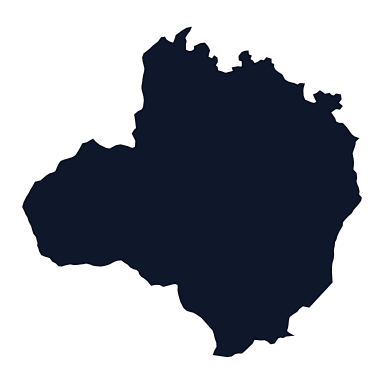 outline of Batatais, São Paulo, Brazil
{"feature_id": "56859067B57164081462165", "entity_name": "Batatais", "entity_type": "district", "adm_level": 2, "iso_a3": "BRA", "parent_name": "Brazil", "parent_adm1": "São Paulo", "projection": "albers", "projection_center": [-47.578, -20.866], "detail": "fine", "context": "isolated", "style": "filled", "palette": "ink", "viewbox_px": 384, "rotation_deg": 0, "n_neighbors": 0, "source": "geoboundaries", "source_scale": "gbopen_adm2", "svg_char_len": 3705}
<svg xmlns="http://www.w3.org/2000/svg" viewBox="0 0 384 384"><path d="M358.0,138.5L354.1,137.0L351.4,134.9L349.2,131.9L346.2,127.6L342.5,123.7L338.6,123.5L335.4,121.9L334.7,118.9L332.6,115.8L330.2,112.2L333.4,110.0L336.0,108.2L339.6,108.9L341.8,106.1L338.0,102.9L340.8,99.1L340.2,95.1L336.2,94.3L334.0,96.3L331.2,95.6L329.4,93.7L324.6,94.6L322.7,92.9L319.9,91.1L317.2,93.5L313.9,94.9L315.3,98.1L317.4,102.1L314.2,103.7L311.6,103.2L308.2,101.7L304.5,100.2L302.9,96.0L302.6,90.6L302.9,87.7L304.0,84.1L300.1,83.8L297.4,85.4L294.3,83.8L291.5,83.2L287.8,82.1L284.3,79.9L281.8,75.0L278.6,73.0L275.1,70.4L273.3,67.3L273.4,64.5L270.9,63.6L270.8,59.3L266.7,58.0L264.1,61.2L261.0,60.4L257.9,62.6L254.3,64.0L252.5,61.2L249.5,59.3L250.9,56.0L248.2,54.9L247.9,51.3L244.7,51.6L242.1,52.7L239.3,56.2L239.5,59.8L242.4,60.8L242.6,64.4L242.4,67.5L238.0,67.0L232.6,68.0L233.9,71.4L231.3,72.1L225.5,73.6L221.8,72.1L217.3,70.9L217.0,67.4L214.8,65.4L217.1,61.8L216.8,58.1L214.4,56.3L212.1,59.3L207.7,57.1L208.2,53.9L209.3,50.5L207.5,46.8L204.6,43.4L200.6,43.9L194.8,46.6L194.8,49.6L192.1,51.4L189.3,51.9L185.3,50.2L185.1,44.4L185.9,41.2L184.5,37.8L186.9,33.9L189.4,30.6L190.7,27.7L186.6,28.6L182.7,30.9L176.4,35.5L175.4,39.0L173.6,43.6L169.5,42.3L166.1,40.2L164.6,37.5L161.6,37.8L158.5,42.1L153.5,46.0L150.3,49.1L147.1,51.7L144.2,53.9L142.9,57.5L143.3,60.9L144.3,65.0L145.1,68.1L144.9,71.4L143.9,75.2L143.2,79.2L142.9,82.6L142.2,86.0L142.3,89.2L144.2,96.6L144.6,100.5L143.7,107.5L142.0,110.1L138.1,112.0L134.9,114.8L135.6,118.3L136.8,128.4L134.7,130.2L132.6,133.5L136.1,140.7L135.7,147.2L132.9,148.7L130.2,148.0L127.6,146.9L120.6,145.1L116.3,145.9L112.4,147.9L109.9,149.4L105.7,148.6L102.3,146.8L99.0,145.3L94.9,141.9L92.9,139.6L90.6,140.8L87.5,142.8L82.8,144.0L80.3,148.8L77.6,153.4L75.8,155.8L73.3,157.6L68.3,159.2L64.1,160.4L61.0,161.7L59.0,164.5L57.6,167.7L55.9,171.8L52.9,173.2L50.0,174.0L46.5,176.2L43.2,179.1L40.8,181.1L35.5,182.4L33.0,186.9L31.1,189.8L29.5,193.2L26.9,197.2L24.3,202.4L23.0,206.9L25.0,211.0L26.1,213.9L28.1,217.0L29.4,221.4L31.8,225.8L33.0,230.2L34.1,233.6L36.7,236.7L37.3,239.7L38.3,242.8L37.9,245.5L39.1,248.2L39.8,251.0L41.8,254.5L45.3,256.0L50.1,257.3L52.7,260.9L56.6,263.1L58.8,265.5L61.6,265.8L65.3,264.6L70.3,263.6L73.5,264.3L77.2,264.2L80.4,263.7L83.2,263.4L86.4,262.8L90.6,263.9L93.2,265.0L97.0,265.5L101.0,265.8L105.6,264.9L109.7,263.5L113.8,261.2L117.6,259.9L121.7,259.6L124.5,261.9L128.2,264.1L130.6,266.8L133.8,268.5L136.6,269.2L138.8,270.9L140.1,274.2L141.8,276.2L144.4,277.8L147.7,280.4L151.4,285.0L154.9,284.1L159.7,284.2L163.4,286.1L167.5,285.0L172.9,283.5L175.8,283.3L178.5,284.7L178.3,290.2L179.0,294.4L181.0,301.4L184.0,307.4L187.2,310.3L193.5,312.0L195.8,313.2L201.9,317.3L208.6,324.9L210.5,327.2L213.1,329.8L214.5,333.8L215.5,338.3L217.0,342.4L217.3,347.2L215.2,350.5L213.8,354.4L227.0,356.3L231.3,355.8L234.8,353.4L238.0,352.7L241.7,352.8L244.5,350.4L252.1,343.1L254.1,339.0L260.8,339.7L264.7,339.4L267.7,340.8L270.8,343.5L274.2,342.8L276.1,340.0L277.8,337.7L280.3,336.8L283.0,337.3L285.8,335.8L292.1,335.2L288.8,333.5L286.1,331.1L287.2,328.0L287.8,324.3L288.2,320.1L289.0,316.7L292.3,314.1L296.8,311.2L298.9,308.4L302.8,305.5L309.0,306.8L331.8,282.2L331.2,271.6L331.2,267.9L331.6,263.2L332.9,258.9L333.4,254.3L333.1,251.4L333.4,248.6L334.0,245.8L334.3,242.0L335.8,239.2L336.4,236.5L338.2,232.2L342.0,225.5L342.2,222.1L345.3,218.3L348.1,215.5L351.2,212.8L353.1,209.4L355.5,206.7L358.0,203.9L360.5,200.4L361.0,197.6L358.3,194.8L358.8,191.5L357.9,187.3L356.6,184.6L355.7,181.3L356.4,178.0L355.9,173.3L352.6,169.8L353.1,165.2L353.2,161.6L352.8,158.5L351.8,153.4L353.1,149.4L354.1,146.8L354.8,144.0L355.1,141.2L358.0,138.5Z" fill="#0f172a" stroke="#020617" stroke-width="1.5"/></svg>